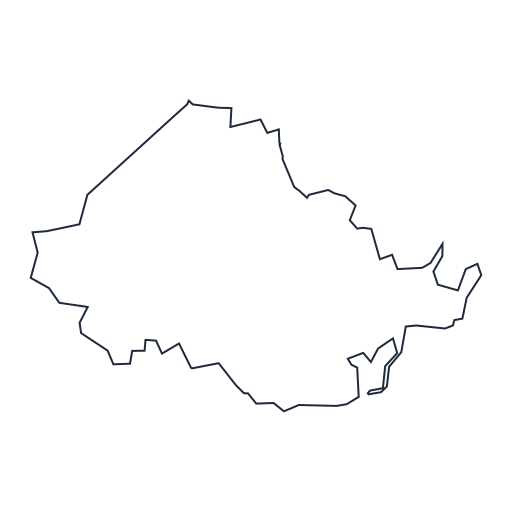 outline of Chesterfield, Virginia, United States of America
{"feature_id": "52423323B79488300167847", "entity_name": "Chesterfield", "entity_type": "district", "adm_level": 2, "iso_a3": "USA", "parent_name": "United States of America", "parent_adm1": "Virginia", "projection": "mercator", "projection_center": [-77.515, 37.39], "detail": "fine", "context": "isolated", "style": "outline", "palette": "slate", "viewbox_px": 512, "rotation_deg": 0, "n_neighbors": 0, "source": "geoboundaries", "source_scale": "gbopen_adm2", "svg_char_len": 1376}
<svg xmlns="http://www.w3.org/2000/svg" viewBox="0 0 512 512"><path d="M367.8,393.2L368.5,394.3L381.0,392.2L386.9,386.4L389.1,366.7L401.3,352.2L405.8,326.5L416.2,325.5L445.0,328.5L452.9,325.5L454.4,320.1L462.4,318.6L466.7,297.7L481.3,275.2L477.4,263.8L465.8,269.1L457.9,290.4L437.9,284.7L433.4,271.6L442.4,256.0L442.5,243.9L430.5,263.0L422.2,267.8L397.5,269.1L392.1,254.8L379.9,259.2L371.3,228.9L362.8,227.8L357.2,228.6L349.8,220.2L355.6,205.5L345.2,196.2L334.7,193.4L328.2,190.0L309.0,194.8L307.0,197.8L298.8,190.3L298.2,190.0L294.2,187.0L282.5,159.0L282.8,156.4L279.6,144.8L280.0,144.5L280.2,144.2L280.3,143.7L279.8,143.6L279.8,143.4L279.4,142.8L278.8,129.4L267.3,132.9L260.5,119.5L230.4,127.0L231.4,108.1L218.1,107.7L212.5,107.0L192.7,104.4L188.8,100.7L187.2,104.3L173.9,116.2L112.5,172.0L87.4,194.8L79.4,224.3L46.7,231.2L32.5,232.3L37.7,252.6L30.7,277.9L49.0,288.1L59.3,302.8L87.7,307.0L79.6,322.8L81.1,333.1L107.6,350.6L113.4,364.3L130.0,363.7L132.2,350.9L144.6,350.7L145.5,339.9L156.0,340.6L162.0,353.6L179.0,343.5L191.0,367.7L192.2,368.3L218.7,363.2L235.9,385.2L243.9,393.2L248.0,393.4L256.3,403.6L273.6,403.0L283.9,411.3L298.8,405.0L336.7,405.9L346.7,404.2L358.7,396.9L357.2,367.6L351.4,364.7L347.8,358.7L363.2,352.9L370.9,362.0L378.1,348.5L393.0,338.4L397.2,353.1L385.2,366.1L382.9,388.2L370.0,390.6L367.8,393.2Z" fill="none" stroke="#1e293b" stroke-width="2"/></svg>